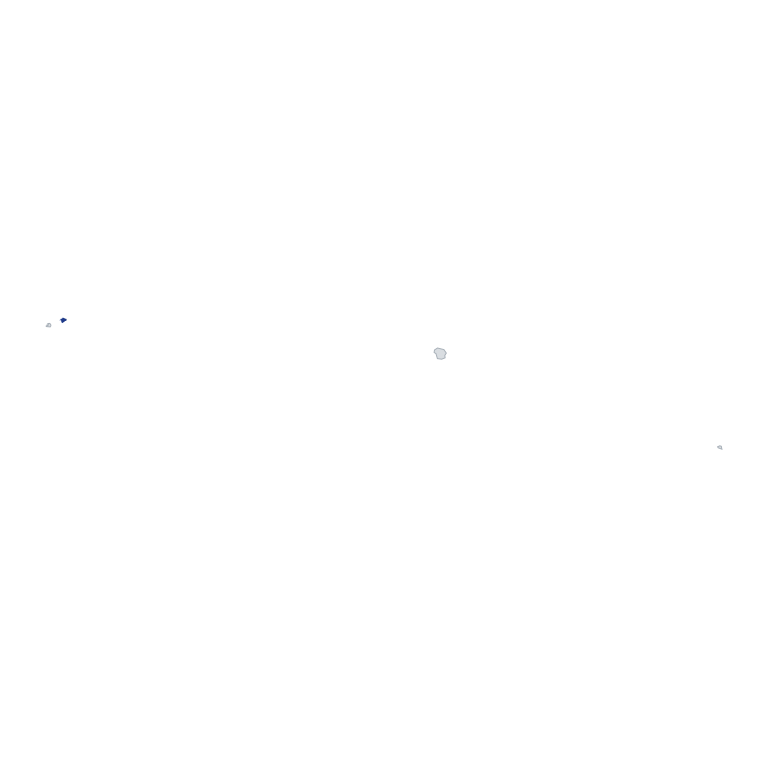 Weno, Chuuk, Federated States of Micronesia (highlighted)
{"feature_id": "79324940B39467357025683", "entity_name": "Weno", "entity_type": "district", "adm_level": 2, "iso_a3": "FSM", "parent_name": "Federated States of Micronesia", "parent_adm1": "Chuuk", "projection": "mercator", "projection_center": [151.86, 7.44], "detail": "medium", "context": "in_parent", "style": "filled", "palette": "blue", "viewbox_px": 768, "rotation_deg": 0, "n_neighbors": 0, "source": "geoboundaries", "source_scale": "gbopen_adm2", "svg_char_len": 1437}
<svg xmlns="http://www.w3.org/2000/svg" viewBox="0 0 768 768"><path d="M445.1,357.8L441.7,359.2L437.4,358.6L436.0,353.7L434.1,352.4L434.5,350.0L437.5,348.0L443.9,349.6L446.3,353.1L444.8,355.4L445.1,357.8ZM50.7,326.1L50.2,326.9L46.6,326.6L46.1,326.1L46.4,325.8L48.1,325.4L48.3,324.3L47.4,324.1L48.2,323.5L49.6,323.4L50.4,324.1L50.9,325.1L50.7,326.1ZM721.3,446.3L721.9,449.2L718.2,447.8L717.6,446.8L719.8,445.8L721.3,446.3ZM64.5,320.9L63.5,321.3L63.0,321.0L63.3,319.4L63.6,318.9L64.5,318.9L66.2,319.3L66.4,319.6L64.5,320.9Z" fill="#d9dde1" stroke="#a8b0b8" stroke-width="1"/><path d="M62.1,319.7L62.2,319.9L62.1,320.0L62.1,320.3L61.9,320.8L62.1,321.0L62.2,321.3L62.1,321.5L62.2,321.4L62.1,321.7L62.2,322.0L62.4,322.1L62.5,321.9L62.8,321.8L63.0,321.7L63.4,321.5L63.6,321.4L63.5,321.2L63.4,321.2L63.2,321.2L63.3,321.0L63.6,321.0L63.6,320.8L63.7,320.7L63.9,320.7L64.0,320.6L64.2,320.4L64.3,320.4L64.5,320.2L65.2,320.2L65.4,320.2L65.7,320.0L65.6,319.7L65.4,319.8L65.1,319.8L64.8,319.9L64.7,319.8L64.4,319.7L64.0,319.6L64.4,319.4L64.5,319.3L64.4,319.2L64.3,319.3L63.7,319.4L63.6,319.2L63.5,319.4L63.4,319.3L63.5,319.3L63.4,319.2L63.4,319.3L63.5,319.3L63.4,319.3L63.5,319.4L63.3,319.5L63.2,319.8L62.9,319.6L63.1,319.6L63.1,319.4L63.3,319.3L63.1,319.1L62.9,318.9L62.7,318.9L61.8,319.5L62.0,319.5L62.1,319.7ZM63.3,321.6L63.2,321.6L63.3,321.6ZM62.1,321.2L62.1,321.3L62.1,321.2L62.1,321.2Z" fill="#3b82f6" stroke="#1e3a8a" stroke-width="1.5"/></svg>